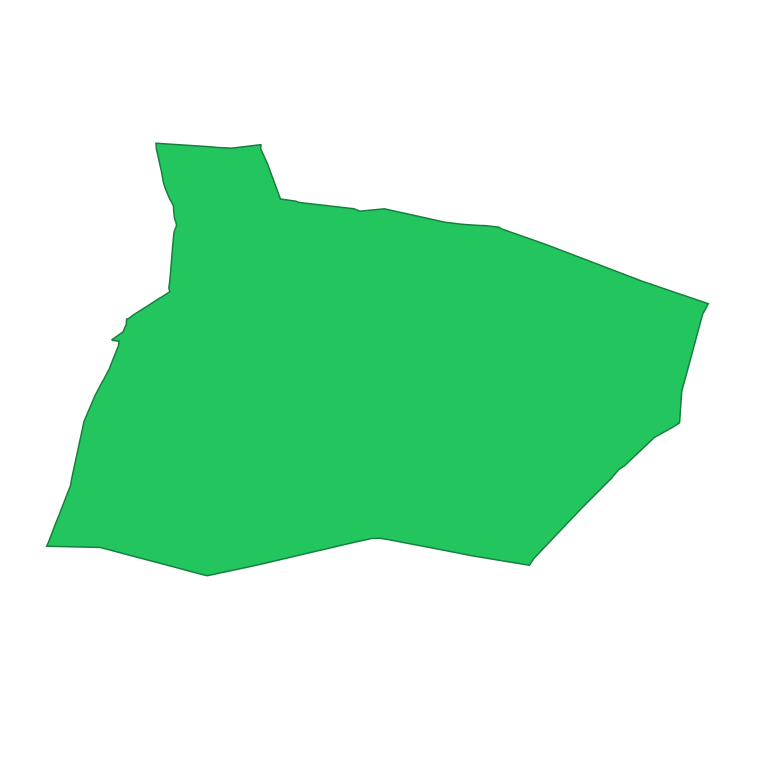 outline of Jaunjelgavas pag., Jaunjelgavas, Latvia, rotated 9°
{"feature_id": "27541924B6750181975211", "entity_name": "Jaunjelgavas pag.", "entity_type": "district", "adm_level": 2, "iso_a3": "LVA", "parent_name": "Latvia", "parent_adm1": "Jaunjelgavas", "projection": "orthographic", "projection_center": [25.067, 56.595], "detail": "fine", "context": "isolated", "style": "filled", "palette": "green", "viewbox_px": 768, "rotation_deg": 9, "n_neighbors": 0, "source": "geoboundaries", "source_scale": "gbopen_adm2", "svg_char_len": 2110}
<svg xmlns="http://www.w3.org/2000/svg" viewBox="0 0 768 768"><g transform="rotate(9 384 384)"><path d="M691.8,254.0L691.4,253.9L667.6,249.8L667.0,249.7L665.3,249.4L664.7,249.3L662.1,248.9L659.5,248.5L651.8,247.1L623.9,242.3L623.1,242.1L622.4,242.0L606.7,238.7L546.0,225.9L522.1,220.9L477.5,212.7L475.5,212.3L472.9,211.1L459.6,211.7L452.2,212.6L441.4,213.6L436.9,214.0L418.6,214.7L404.4,213.8L357.0,210.9L333.1,217.1L326.9,215.6L320.4,215.9L278.4,217.7L270.8,217.9L268.4,217.2L252.8,217.5L234.7,185.1L226.6,172.8L225.4,170.8L225.1,167.0L224.5,167.0L196.6,174.9L182.9,176.4L174.9,176.9L122.9,181.7L121.1,181.9L122.3,187.1L131.5,210.4L134.5,219.2L136.8,224.1L141.3,231.4L142.7,233.7L144.2,235.8L146.0,238.0L148.0,240.9L148.5,242.5L148.9,244.7L150.6,251.3L151.7,254.4L153.3,257.1L154.3,259.9L153.1,265.7L152.9,266.3L152.9,269.2L153.9,283.6L156.3,315.2L156.4,320.3L156.4,322.1L156.8,323.8L158.1,326.3L157.1,327.2L150.4,333.2L149.6,333.7L149.4,333.9L140.3,342.0L127.3,353.5L124.8,355.8L121.9,359.0L119.6,360.3L120.1,365.6L120.2,366.2L119.7,366.7L118.0,373.4L108.4,382.8L109.0,383.4L114.9,383.2L115.7,383.1L115.7,387.2L115.6,388.4L111.4,406.8L110.4,411.9L108.8,416.2L106.1,424.4L105.6,425.3L102.7,433.9L100.4,440.6L93.6,467.6L90.3,526.8L90.3,530.1L90.3,533.3L88.3,542.2L86.4,551.1L84.4,560.2L83.6,564.3L80.7,576.5L80.2,579.3L77.2,593.4L76.2,597.0L77.8,596.8L87.6,595.5L94.7,594.5L111.0,592.3L127.3,590.1L129.0,589.8L158.9,592.9L188.8,595.9L202.3,597.3L215.8,598.7L222.2,599.4L230.3,600.2L238.5,601.0L239.8,600.9L263.9,591.6L288.0,582.3L297.9,578.3L328.8,565.6L359.8,553.0L363.0,551.7L366.3,550.3L369.1,549.2L382.5,543.8L396.0,538.5L403.8,537.0L407.9,537.0L412.0,537.0L422.1,537.3L432.2,537.7L446.9,538.1L461.6,538.6L479.0,539.2L497.1,539.9L526.5,540.1L556.0,540.3L559.4,532.7L559.7,532.3L570.1,517.2L581.6,500.5L597.5,477.4L597.9,476.8L623.9,440.9L624.4,439.7L629.5,431.5L634.2,427.3L658.1,396.2L658.8,395.0L664.8,390.2L670.8,385.5L676.8,380.8L682.0,376.1L679.2,344.8L681.7,322.1L682.3,316.4L682.4,315.8L687.8,265.1L688.3,264.1L691.5,254.5L691.8,254.0Z" fill="#22c55e" stroke="#15803d" stroke-width="1.5"/></g></svg>